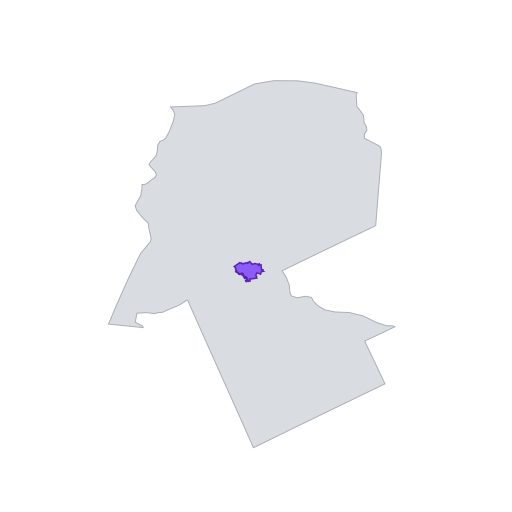 location of Raxruhá, Alta Verapaz, Guatemala, rotated 154°
{"feature_id": "79465075B33979032902189", "entity_name": "Raxruhá", "entity_type": "district", "adm_level": 2, "iso_a3": "GTM", "parent_name": "Guatemala", "parent_adm1": "Alta Verapaz", "projection": "orthographic", "projection_center": [-89.998, 15.891], "detail": "fine", "context": "in_parent", "style": "filled", "palette": "violet", "viewbox_px": 512, "rotation_deg": 154, "n_neighbors": 0, "source": "geoboundaries", "source_scale": "gbopen_adm2", "svg_char_len": 4957}
<svg xmlns="http://www.w3.org/2000/svg" viewBox="0 0 512 512"><g transform="rotate(154 256 256)"><path d="M93.5,358.5L95.7,356.4L97.5,351.5L99.8,346.4L98.5,340.4L97.7,335.6L100.3,328.7L100.1,323.5L101.3,320.3L105.0,318.2L107.0,314.3L96.6,300.4L96.7,297.3L98.1,293.4L106.7,278.9L117.0,261.5L128.3,242.4L135.1,230.8L159.5,231.0L175.7,231.1L196.2,231.2L218.5,231.3L233.1,231.3L239.1,231.2L238.1,223.6L238.9,215.3L241.6,207.8L241.6,204.4L237.3,200.4L228.9,198.0L224.2,194.3L224.2,189.8L222.1,184.2L218.1,177.7L209.6,171.1L196.8,164.2L185.9,155.1L177.0,143.6L169.4,136.2L163.5,133.1L162.2,131.5L179.3,131.7L195.6,131.9L195.8,115.6L195.9,101.0L196.1,84.6L225.5,84.7L260.6,84.8L296.9,84.9L325.5,84.8L342.3,84.8L341.6,105.1L340.8,128.7L340.2,146.1L339.5,169.3L338.7,192.9L337.6,225.2L336.8,246.1L337.2,246.6L346.8,245.5L361.1,246.4L364.6,246.3L369.0,248.1L372.3,248.6L379.6,253.3L388.1,256.8L393.5,249.5L390.6,245.2L388.5,243.0L388.8,241.1L418.5,259.5L415.0,262.4L407.5,269.1L394.0,280.5L381.8,290.7L370.0,300.0L359.5,308.3L358.2,309.1L344.8,315.1L342.5,317.8L339.7,329.5L338.4,332.5L340.8,338.9L343.3,349.0L342.6,354.2L333.2,360.7L329.0,366.5L327.1,370.3L325.4,369.3L322.5,369.0L315.8,370.5L312.6,370.8L309.9,372.5L309.7,376.1L311.5,382.0L312.1,385.0L310.2,386.4L302.0,389.9L298.8,393.4L295.7,398.8L292.0,401.1L288.3,400.7L285.6,401.5L279.9,405.5L271.3,413.3L266.7,419.2L266.6,423.5L267.5,427.4L236.2,413.6L225.7,411.2L181.8,411.3L163.0,405.7L141.6,395.1L127.1,385.5L93.5,358.5Z" fill="#d9dde1" stroke="#a8b0b8" stroke-width="1"/><path d="M273.8,257.1L280.1,256.1L279.7,255.3L279.6,255.1L279.6,254.9L279.8,254.7L279.9,254.4L279.8,254.2L279.7,254.0L279.7,253.8L279.7,253.7L279.8,253.5L279.9,253.4L279.8,253.2L279.9,252.9L280.0,252.9L280.0,252.7L280.2,252.4L280.1,252.2L280.0,251.8L280.0,251.7L279.9,251.6L280.0,251.4L280.3,251.2L280.5,251.2L280.8,251.2L281.0,251.2L281.0,250.9L281.1,250.7L280.9,250.5L280.7,250.5L280.6,250.4L280.6,250.0L280.5,249.7L280.4,249.6L280.2,249.5L279.9,249.6L279.6,249.6L279.4,249.4L279.3,249.2L279.2,248.9L279.2,248.7L279.3,248.6L279.3,248.3L279.4,248.2L279.5,248.3L279.7,248.1L279.3,247.7L279.1,247.7L278.9,247.6L278.7,247.4L278.7,247.2L279.1,247.2L279.3,247.0L279.1,246.8L279.0,246.7L278.9,246.7L278.7,246.8L278.6,247.0L278.4,247.2L278.2,247.2L278.0,246.9L277.8,246.7L277.7,246.6L277.4,246.6L277.2,246.8L277.0,246.7L276.8,246.6L276.7,246.5L276.7,246.4L276.8,246.4L277.1,246.4L277.4,246.3L277.5,246.2L277.5,245.9L277.4,245.9L277.2,245.8L276.9,245.8L276.8,245.7L276.7,245.7L276.4,245.8L276.4,246.1L276.4,246.3L276.4,246.5L276.2,246.5L275.8,246.7L275.7,246.6L275.8,246.4L276.0,246.3L276.0,246.2L276.0,245.9L276.1,245.7L275.9,245.5L275.7,245.5L275.4,245.6L275.3,245.4L275.5,245.2L275.8,245.2L276.0,245.2L276.2,245.4L276.3,245.4L276.5,245.3L276.7,245.2L276.7,244.9L276.6,244.7L276.4,244.5L276.0,244.6L275.9,244.6L275.8,244.4L275.7,244.2L275.5,243.9L275.8,243.7L276.0,243.6L275.9,243.4L275.7,243.4L275.6,243.2L275.8,243.1L276.0,243.2L276.3,243.0L276.3,242.9L276.2,242.7L275.9,242.5L275.9,242.4L275.9,242.2L276.1,242.0L276.1,241.9L276.1,241.2L276.1,240.9L275.8,240.9L275.7,240.9L275.6,241.0L275.7,241.4L275.7,241.5L275.7,241.8L275.4,242.3L275.4,242.5L275.2,242.7L274.9,242.5L274.9,242.3L274.9,242.1L275.0,242.0L275.1,241.9L275.2,241.7L274.9,241.6L274.6,241.8L274.4,241.9L274.2,241.7L274.2,241.3L274.0,241.1L273.9,241.0L273.8,240.8L273.8,240.7L273.6,240.5L273.5,240.4L273.5,240.2L273.8,240.2L273.9,240.3L274.0,240.4L274.2,240.7L274.2,240.8L274.4,240.9L274.5,241.0L274.6,240.9L274.8,240.8L274.9,240.6L274.9,240.4L274.8,240.0L274.7,240.0L274.7,239.6L274.6,239.4L274.2,239.1L274.2,238.9L274.3,238.9L274.4,238.7L274.5,238.6L274.8,238.6L275.0,238.6L275.0,238.4L275.3,238.3L275.3,238.2L275.5,238.1L275.8,238.3L276.0,238.4L276.3,238.3L276.3,238.2L276.2,238.0L276.2,237.9L276.1,237.7L276.1,237.4L276.0,237.2L275.9,237.2L275.7,237.2L275.6,237.3L275.4,237.4L275.3,237.5L275.2,237.4L274.9,237.3L274.5,237.8L274.3,238.0L274.2,238.0L273.9,237.9L273.9,237.7L274.0,237.6L274.2,237.4L274.3,237.4L274.4,237.1L274.3,236.7L274.2,236.5L273.8,236.5L273.6,236.6L273.4,236.7L273.2,236.7L272.9,236.6L272.8,236.4L272.6,236.2L272.4,236.0L272.2,236.1L272.1,236.4L272.1,236.5L272.2,236.9L272.2,237.0L272.1,237.3L271.9,237.5L271.8,237.8L271.7,238.0L269.1,237.1L265.0,235.8L264.9,236.5L264.3,237.5L264.7,238.9L262.7,240.4L260.3,238.3L259.8,237.7L258.3,239.4L257.8,239.4L257.6,239.6L256.2,239.0L256.5,239.5L255.7,240.2L255.9,240.8L256.2,241.0L256.7,241.2L256.9,241.3L257.1,241.4L255.3,245.9L257.7,246.5L256.7,247.5L257.4,247.6L258.7,248.3L259.2,248.8L260.3,249.8L262.8,250.0L263.0,250.2L263.2,250.5L263.0,250.8L263.7,252.0L264.0,253.8L264.8,253.7L267.2,252.9L266.9,253.2L266.5,253.3L266.4,253.7L266.8,253.9L267.3,253.9L267.7,253.9L268.0,254.0L268.5,254.2L268.6,254.4L269.1,254.3L269.9,254.5L270.9,254.5L270.9,254.9L271.4,254.9L271.4,255.0L272.0,255.5L272.1,256.1L272.9,256.3L273.1,256.7L273.8,256.8L273.8,257.1Z" fill="#8b5cf6" stroke="#5b21b6" stroke-width="1.5"/></g></svg>